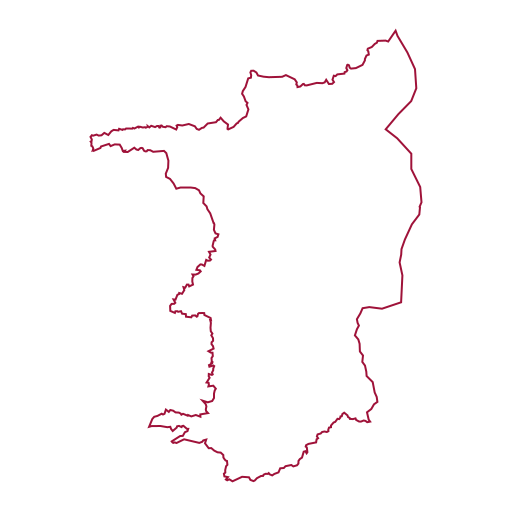 Pano Panagia, Paphos, Cyprus
{"feature_id": "46923920B33714587896947", "entity_name": "Pano Panagia", "entity_type": "district", "adm_level": 2, "iso_a3": "CYP", "parent_name": "Cyprus", "parent_adm1": "Paphos", "projection": "orthographic", "projection_center": [32.621, 34.95], "detail": "fine", "context": "isolated", "style": "outline", "palette": "rose", "viewbox_px": 512, "rotation_deg": 0, "n_neighbors": 0, "source": "geoboundaries", "source_scale": "gbopen_adm2", "svg_char_len": 6044}
<svg xmlns="http://www.w3.org/2000/svg" viewBox="0 0 512 512"><path d="M395.6,30.7L388.2,41.5L385.6,40.6L377.5,40.9L376.9,42.7L374.8,43.9L371.8,47.0L367.8,48.7L367.4,50.2L368.3,51.3L368.8,54.6L366.5,55.5L364.9,59.0L364.9,60.4L362.5,64.9L355.9,68.1L351.0,68.6L349.7,67.7L349.0,65.3L347.8,64.7L347.2,65.0L346.3,68.1L347.4,70.2L346.5,71.5L344.7,72.1L344.4,73.6L337.3,74.4L335.6,76.1L333.8,75.7L332.5,79.7L334.0,82.1L332.2,83.8L328.9,84.0L326.2,79.8L324.7,82.4L322.4,83.2L316.8,82.9L306.7,85.4L304.8,85.3L303.8,83.9L303.0,84.0L300.3,86.5L297.5,87.1L297.3,85.4L296.3,84.5L296.8,82.4L294.7,79.3L285.9,75.1L282.1,76.8L268.9,77.2L263.6,76.7L258.0,75.5L256.4,72.5L253.6,70.7L251.2,70.8L250.4,72.4L251.2,75.2L250.9,77.7L248.2,78.4L245.5,87.0L242.8,91.1L242.1,93.8L243.9,96.5L245.6,101.2L247.5,102.9L246.5,104.9L248.4,109.4L246.2,116.4L242.9,118.0L238.6,121.7L238.0,122.9L236.7,123.4L233.6,126.9L228.2,129.4L227.5,128.9L228.0,124.5L223.8,121.4L220.6,117.7L218.9,119.9L217.8,120.0L216.0,122.2L207.7,123.5L203.6,127.6L201.9,127.9L199.0,129.8L196.7,128.9L194.9,126.3L188.8,124.0L182.3,125.5L177.9,124.9L176.6,125.6L177.3,127.1L176.2,129.5L169.9,126.5L166.7,126.2L165.6,127.2L162.9,126.8L161.6,125.5L160.4,125.7L160.3,127.4L159.4,127.6L158.3,126.0L157.0,126.0L155.1,127.1L151.2,125.8L149.3,127.4L147.8,126.2L147.9,126.7L145.8,127.7L145.1,127.2L142.8,127.5L139.8,126.7L138.9,127.5L138.1,126.6L134.4,128.5L132.9,127.9L132.3,128.6L126.1,128.5L125.1,129.4L123.0,129.3L122.5,129.9L119.1,128.8L118.5,130.4L113.6,129.9L111.3,131.3L108.3,135.0L104.3,132.9L101.5,135.3L98.7,135.6L96.6,134.6L93.0,135.7L91.9,135.2L90.5,136.9L91.8,139.4L91.6,141.1L90.7,141.6L91.5,142.8L91.3,145.8L92.3,146.3L93.3,148.5L92.7,150.5L93.5,150.2L93.8,150.8L100.4,148.0L101.0,146.5L109.0,143.9L110.6,146.1L114.7,144.4L119.7,144.6L121.7,147.9L122.8,151.0L125.0,150.7L124.3,151.9L127.7,152.0L134.3,147.7L136.4,149.5L138.2,150.0L140.4,148.1L141.8,147.9L142.6,148.2L144.1,150.8L145.4,151.4L146.7,151.3L147.6,150.1L150.2,150.2L153.2,151.8L164.0,150.9L166.3,153.1L168.4,160.7L168.1,167.9L165.8,173.6L166.1,176.9L170.0,178.9L173.6,183.5L176.3,188.7L180.6,187.5L190.5,187.5L195.2,188.1L199.0,190.3L200.4,193.4L203.7,196.4L203.3,203.0L206.6,206.4L207.4,209.2L210.2,213.3L213.6,223.1L214.0,223.2L214.4,224.6L213.9,229.8L214.5,231.2L215.5,233.4L218.4,234.3L217.6,236.9L214.7,238.4L215.2,240.3L214.1,240.3L213.7,241.1L212.6,245.8L212.7,246.7L215.2,249.5L215.5,251.0L209.0,251.8L210.5,254.6L209.2,257.5L211.0,259.6L209.9,260.6L207.7,260.7L206.2,259.9L204.4,265.9L201.9,264.5L200.4,264.4L197.5,267.0L196.4,269.8L199.9,270.3L200.7,271.4L198.4,273.5L195.6,274.6L192.5,274.5L193.5,276.3L192.4,278.0L192.3,281.5L193.0,284.6L189.2,286.4L188.5,284.6L186.9,284.6L185.2,287.7L183.5,287.2L184.3,290.1L182.0,293.8L179.2,293.0L179.0,294.1L177.4,294.8L175.5,299.6L173.5,299.4L175.3,302.8L174.2,303.8L171.6,303.9L170.1,305.9L170.3,310.9L174.9,312.9L175.4,311.3L177.3,311.2L178.1,311.8L181.0,311.2L182.1,313.7L185.8,314.1L186.0,316.7L191.3,317.3L192.2,315.6L195.2,315.4L196.7,316.7L197.4,316.3L198.0,313.9L198.9,313.1L202.4,313.0L204.2,313.1L204.4,315.0L210.6,318.0L211.0,320.2L210.2,320.1L210.9,322.9L210.5,327.7L210.8,331.3L212.4,333.6L211.3,335.3L213.0,338.2L213.1,340.8L211.6,342.3L211.5,344.1L213.0,346.1L213.6,348.6L208.5,351.2L210.8,352.6L212.5,352.7L212.8,356.1L211.5,358.1L211.8,361.4L212.5,362.0L212.2,363.1L211.3,362.8L210.9,364.2L209.0,365.1L209.4,366.7L213.4,365.5L214.2,366.1L213.2,368.7L213.2,370.3L212.0,372.5L212.7,374.4L211.9,374.9L208.8,374.0L208.7,376.3L209.6,377.8L206.6,382.5L208.6,382.8L208.9,384.7L208.4,386.4L213.3,385.7L215.8,388.7L214.7,390.5L214.0,393.6L214.0,398.0L212.2,401.0L207.8,402.3L202.6,400.7L205.7,404.1L206.4,406.4L205.8,409.5L206.1,411.0L208.0,413.1L200.3,414.4L200.4,416.7L195.8,415.0L191.3,416.4L188.0,415.0L187.7,415.7L183.0,413.8L181.4,414.7L180.7,413.6L178.9,412.6L175.5,412.4L173.2,410.7L170.3,410.0L168.8,411.9L165.9,409.6L164.5,413.8L163.0,414.5L161.7,413.7L157.5,415.9L154.2,416.8L152.3,419.0L149.1,426.8L151.5,426.1L160.4,426.0L167.4,427.2L170.3,426.8L171.0,428.8L172.7,431.0L176.7,427.6L177.1,426.3L179.0,425.9L181.6,427.1L182.2,426.0L183.4,425.8L187.0,428.9L188.2,428.9L187.5,431.1L184.9,432.2L182.8,435.9L180.2,436.0L171.7,441.4L172.2,442.1L173.2,442.9L174.7,442.4L176.5,443.0L184.1,439.3L199.3,442.9L202.2,441.8L203.3,440.4L206.2,439.6L205.0,443.3L208.7,448.2L211.3,448.1L214.2,450.6L217.5,452.3L220.7,452.6L223.3,455.0L223.4,457.5L224.5,459.2L225.6,460.5L227.0,461.0L227.4,464.8L226.1,466.2L225.2,470.1L225.3,472.6L223.9,473.7L224.4,476.4L227.9,477.1L225.9,479.5L227.2,480.3L229.3,479.3L232.5,481.3L242.1,476.8L249.0,477.3L250.4,479.9L253.5,481.1L254.9,480.4L256.9,478.2L261.0,476.0L263.1,475.9L263.6,474.7L265.6,473.8L267.8,473.9L268.7,473.1L269.6,474.3L272.2,475.4L274.4,473.9L278.5,472.4L280.2,468.3L283.8,468.0L285.5,466.2L291.3,465.0L293.3,466.4L297.0,465.3L298.4,463.6L298.5,460.9L299.8,459.1L302.0,457.6L303.7,451.7L305.4,451.2L306.6,453.3L307.4,452.2L306.8,447.4L305.7,446.6L306.1,445.2L308.5,443.9L316.1,442.4L316.6,439.3L318.1,438.2L316.9,436.4L317.6,434.4L320.7,433.5L322.1,432.0L324.5,431.5L326.8,432.0L328.4,431.2L328.3,429.6L329.0,427.6L331.0,427.2L331.0,425.5L333.6,422.5L335.2,421.9L337.5,418.8L339.1,419.1L340.3,417.6L340.5,416.4L341.8,416.2L342.4,414.0L344.2,412.7L347.5,415.4L348.0,417.0L349.7,418.0L349.9,418.9L352.9,419.1L355.5,418.4L356.1,419.9L359.0,421.5L360.9,421.6L363.7,420.5L365.5,420.9L367.2,422.2L370.1,421.6L368.7,419.7L367.0,412.3L371.3,409.0L374.0,404.3L377.4,401.9L376.7,396.9L374.7,392.5L372.7,382.1L366.6,376.0L366.3,371.7L365.0,365.6L362.3,361.9L363.0,355.5L359.9,351.5L359.6,343.8L358.3,339.4L354.9,335.4L356.9,329.3L358.9,325.6L357.6,322.9L356.9,319.2L360.3,313.5L362.6,308.2L369.3,307.1L382.0,308.7L401.1,302.3L402.4,275.4L399.6,262.4L401.2,254.6L401.5,249.1L404.9,239.5L411.9,224.3L419.3,214.5L420.0,207.3L419.6,206.8L421.5,202.3L420.2,187.0L411.3,169.0L411.3,153.7L397.2,138.3L385.7,129.3L398.5,114.0L411.2,101.1L416.3,88.3L415.0,69.1L407.4,52.5L397.5,35.9L395.6,30.7Z" fill="none" stroke="#9f1239" stroke-width="2"/></svg>